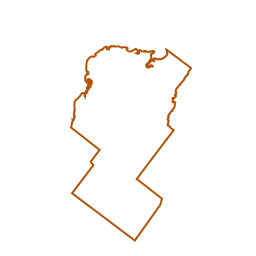 Port Pirie, South Australia, Australia, rotated 37°
{"feature_id": "25037944B53650156153507", "entity_name": "Port Pirie", "entity_type": "district", "adm_level": 2, "iso_a3": "AUS", "parent_name": "Australia", "parent_adm1": "South Australia", "projection": "equal_earth", "projection_center": [137.965, -33.365], "detail": "fine", "context": "isolated", "style": "outline", "palette": "amber", "viewbox_px": 256, "rotation_deg": 37, "n_neighbors": 0, "source": "geoboundaries", "source_scale": "gbopen_adm2", "svg_char_len": 5517}
<svg xmlns="http://www.w3.org/2000/svg" viewBox="0 0 256 256"><g transform="rotate(37 128 128)"><path d="M122.6,213.8L201.2,213.8L200.0,170.3L197.8,164.0L165.6,163.5L165.7,102.2L164.4,102.3L161.3,102.3L160.5,101.6L158.8,102.1L158.5,101.8L157.8,101.7L157.6,101.3L157.7,100.6L157.3,100.4L157.1,99.8L156.8,99.7L156.4,97.9L155.3,97.1L154.8,97.5L154.4,97.2L154.0,95.9L154.2,94.9L152.8,94.3L153.1,93.7L152.6,92.7L152.9,92.2L152.6,91.7L152.7,91.2L152.4,89.1L153.2,87.8L153.1,87.4L152.4,86.9L152.6,85.9L152.6,84.5L152.5,83.4L152.0,82.4L152.0,82.0L151.7,81.7L151.5,81.2L150.8,80.7L150.3,79.1L149.6,79.2L149.2,79.8L148.1,80.4L147.6,79.7L147.2,79.4L147.3,78.5L145.7,77.7L145.6,77.1L146.1,76.6L146.4,76.4L146.8,76.6L147.0,76.4L146.8,76.2L147.0,75.3L146.9,74.7L147.1,73.8L146.7,73.3L145.9,73.5L145.8,73.2L145.5,73.1L145.7,72.3L145.4,71.2L145.5,71.1L144.8,70.7L144.4,69.9L143.7,69.9L143.5,69.0L143.1,68.2L143.2,66.5L143.0,66.1L143.2,65.2L143.0,64.0L143.2,63.2L143.6,62.5L143.1,61.0L143.4,60.4L143.4,58.4L143.7,57.5L143.7,56.1L143.5,55.7L143.5,54.7L143.0,54.1L143.0,53.6L143.3,53.0L143.0,51.8L143.3,50.9L143.8,50.2L143.6,49.6L143.3,49.4L143.5,48.9L143.2,48.6L143.0,47.6L142.4,46.5L142.6,44.3L142.2,43.0L142.4,42.6L142.2,42.2L112.4,42.2L111.5,42.4L113.5,43.8L113.9,44.6L114.7,44.9L114.9,45.3L115.1,46.8L114.8,48.3L114.8,49.0L114.7,49.9L114.1,50.5L114.0,51.5L113.4,52.7L112.6,53.4L111.6,53.9L111.5,54.3L111.3,54.3L111.2,54.7L110.4,55.3L109.2,55.6L109.0,56.0L107.6,56.2L106.8,57.0L106.7,57.7L107.1,57.7L107.8,58.4L108.5,58.6L108.6,58.9L107.7,59.0L106.1,60.4L106.0,61.1L106.1,61.3L106.2,62.0L105.9,61.6L105.9,62.8L105.7,64.0L105.2,64.9L105.4,65.6L105.0,66.3L105.1,66.5L105.4,66.8L105.2,66.3L105.4,66.2L106.3,67.1L106.9,67.1L107.3,66.6L107.8,65.1L108.4,64.2L109.5,63.7L110.6,63.7L110.6,64.2L109.7,64.3L109.1,64.9L109.1,65.4L108.5,66.3L108.5,66.8L107.8,67.5L107.6,67.6L107.6,67.8L106.4,68.0L105.6,67.9L104.8,67.1L104.5,66.5L104.4,66.1L105.1,63.3L105.1,62.1L104.9,62.0L104.9,61.2L104.7,61.1L104.8,58.5L103.6,57.0L103.1,56.8L102.9,56.3L102.2,55.8L101.9,55.3L102.5,54.3L102.5,53.8L102.7,53.3L103.3,53.1L103.3,51.8L103.3,51.6L102.8,51.1L101.8,51.3L100.0,53.4L99.1,54.2L98.5,55.3L97.3,55.5L96.7,55.8L95.9,55.8L95.7,56.1L95.7,56.6L95.3,56.3L95.0,56.4L94.4,56.9L93.9,58.0L93.3,58.3L92.9,58.5L91.3,58.4L90.3,58.8L90.2,59.3L90.7,59.9L91.3,61.4L91.5,61.5L92.5,60.8L92.2,61.3L91.4,61.8L91.3,63.1L90.7,63.3L91.0,63.0L91.2,62.6L90.5,62.8L91.1,62.2L90.7,61.8L90.5,62.4L90.0,62.7L90.2,62.1L90.2,61.6L89.5,60.8L88.4,60.3L87.7,60.4L86.7,60.0L86.1,60.9L85.6,62.5L84.8,64.3L84.0,65.4L83.1,66.0L82.2,66.4L79.7,66.3L79.5,65.6L79.7,65.0L79.7,64.6L79.4,64.4L78.7,64.4L78.1,65.1L77.1,65.2L75.9,65.9L75.1,67.3L74.3,67.7L73.9,67.7L73.4,68.1L71.8,68.3L70.6,69.0L69.2,70.4L68.0,71.0L67.3,71.1L67.3,71.5L66.8,72.1L65.3,72.7L64.9,73.3L64.5,74.6L64.5,75.2L64.8,75.7L65.1,75.5L65.0,76.3L65.4,76.3L65.0,76.5L65.2,76.9L63.7,77.7L63.5,77.4L63.5,76.5L63.2,76.1L61.5,76.1L61.3,77.0L60.6,77.8L60.4,79.4L60.5,80.0L60.0,80.3L60.2,80.9L59.7,81.8L58.9,82.7L58.6,84.8L58.2,86.0L57.8,86.6L57.3,88.5L57.4,88.9L58.3,89.2L58.7,89.7L58.1,90.6L58.0,91.4L57.3,92.1L56.9,92.3L57.0,92.1L56.8,92.1L55.7,93.0L55.2,93.8L54.8,95.6L54.8,98.3L54.9,99.0L56.4,102.3L57.0,103.0L58.9,105.7L60.7,107.5L61.3,107.6L60.9,107.4L61.1,107.4L61.9,107.9L62.7,109.3L62.9,109.4L63.0,109.1L62.5,108.4L63.1,108.2L62.5,107.9L62.6,108.2L62.2,108.0L62.2,107.8L62.6,107.6L61.9,106.9L62.4,107.1L63.2,108.2L63.6,109.0L63.5,109.5L63.2,109.7L62.8,110.3L62.6,112.1L62.8,112.6L63.9,113.8L64.9,115.3L66.0,116.1L66.5,116.0L67.3,116.2L67.1,116.0L67.2,115.9L66.5,115.5L68.3,116.0L68.2,115.6L67.1,115.4L67.3,115.1L66.7,115.2L67.3,114.9L67.2,114.6L67.8,114.7L68.0,114.8L68.5,115.7L68.4,116.2L69.5,116.8L70.3,116.6L69.7,116.5L70.1,116.3L69.0,116.0L68.6,115.5L68.1,114.3L68.7,114.5L68.8,114.1L66.6,113.5L66.7,113.1L67.2,112.9L67.2,112.6L67.8,112.4L67.9,113.1L68.1,113.4L68.0,112.7L68.3,112.4L69.7,113.3L69.8,113.9L68.9,114.0L69.6,114.3L69.7,115.0L70.5,116.0L70.6,116.7L70.8,116.3L71.5,116.5L71.5,116.3L71.0,116.0L71.6,115.9L71.3,115.7L71.2,115.5L70.7,115.6L70.4,115.4L70.4,114.7L70.8,114.2L70.7,114.0L70.2,113.3L70.3,112.8L69.5,112.5L69.6,112.3L70.4,112.0L71.1,112.6L72.2,114.3L72.4,115.2L72.6,117.1L73.0,118.4L73.1,119.4L73.0,120.0L73.1,122.5L72.8,122.4L72.7,122.9L73.1,123.3L73.2,123.8L72.8,123.9L73.2,124.1L74.1,124.0L74.7,124.4L74.1,124.1L73.4,124.2L73.8,124.4L73.9,125.0L73.7,125.5L73.8,126.0L73.5,126.3L73.3,126.3L73.2,126.0L73.6,124.9L73.3,125.0L73.0,125.4L73.1,125.1L73.1,124.4L72.8,124.7L72.6,125.7L73.4,127.2L73.6,127.9L74.1,128.2L74.1,127.8L74.6,128.6L74.2,128.4L74.0,128.5L73.4,128.0L73.3,127.3L73.0,126.5L72.7,126.2L72.0,126.2L71.5,126.6L71.1,127.3L71.4,126.6L71.0,126.8L70.8,127.2L70.4,128.1L70.4,132.0L69.9,135.4L69.6,136.5L69.5,138.4L70.2,140.2L71.3,141.9L72.4,143.3L73.4,144.1L75.0,146.9L74.8,146.4L75.0,146.3L75.2,147.3L75.7,148.2L75.2,147.3L75.3,147.1L76.2,148.5L76.2,148.8L75.8,148.4L76.5,149.7L77.0,150.0L78.1,151.6L78.4,151.6L78.2,151.2L78.4,151.3L77.8,150.0L78.5,150.8L79.1,152.2L79.1,153.1L79.5,154.1L79.2,154.0L79.3,154.5L79.0,154.6L79.4,154.8L79.5,155.5L79.8,155.6L79.7,156.1L80.2,157.6L81.3,159.7L81.5,160.7L82.1,161.3L82.3,161.9L118.5,162.6L118.5,177.2L119.5,177.8L122.7,178.4L122.6,213.8ZM71.7,118.0L71.9,117.9L71.2,117.8L70.9,118.3L70.7,119.2L70.8,120.1L71.1,120.8L71.7,121.3L72.4,121.5L72.5,121.3L72.1,121.1L72.0,120.8L72.1,120.5L71.6,119.9L71.3,119.3L71.7,118.0ZM70.4,117.1L70.7,117.4L70.7,117.7L71.1,117.6L70.6,117.2L70.5,116.8L70.4,117.1Z" fill="none" stroke="#b45309" stroke-width="2"/></g></svg>